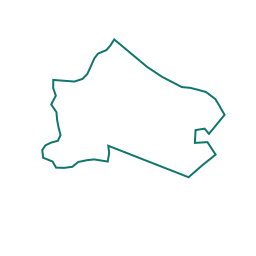 the district of Lindolfo Collor, Rio Grande do Sul, Brazil, rotated 301°
{"feature_id": "56859067B65739017746258", "entity_name": "Lindolfo Collor", "entity_type": "district", "adm_level": 2, "iso_a3": "BRA", "parent_name": "Brazil", "parent_adm1": "Rio Grande do Sul", "projection": "natural_earth1", "projection_center": [-51.223, -29.584], "detail": "fine", "context": "isolated", "style": "outline", "palette": "teal", "viewbox_px": 256, "rotation_deg": 301, "n_neighbors": 0, "source": "geoboundaries", "source_scale": "gbopen_adm2", "svg_char_len": 724}
<svg xmlns="http://www.w3.org/2000/svg" viewBox="0 0 256 256"><g transform="rotate(301 128 128)"><path d="M189.0,204.0L194.4,194.4L197.8,188.0L199.0,176.2L196.6,167.6L194.4,160.5L190.8,153.1L189.4,130.8L190.2,112.9L196.8,70.6L189.8,70.4L183.7,69.4L176.4,64.0L170.5,63.3L160.7,64.5L153.2,65.3L146.6,63.7L140.2,58.1L130.7,39.2L123.7,43.3L118.5,49.5L108.7,50.0L104.7,58.5L97.9,63.5L91.9,69.0L87.2,73.8L80.9,74.5L76.0,69.7L70.5,66.1L64.9,65.9L58.8,70.6L60.4,80.6L57.0,86.8L61.0,93.9L66.1,100.3L73.2,102.8L79.0,109.1L83.6,115.1L88.8,127.9L96.7,124.8L102.6,120.3L117.0,205.3L134.1,210.8L150.3,216.8L156.8,203.4L149.7,193.0L161.0,187.0L166.9,194.0L164.7,200.4L189.0,204.0Z" fill="none" stroke="#0f766e" stroke-width="2"/></g></svg>